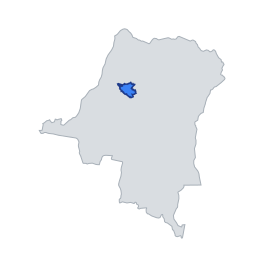 location of Boende, Équateur, Democratic Republic of the Congo, rotated 10°
{"feature_id": "63176286B77918114228452", "entity_name": "Boende", "entity_type": "district", "adm_level": 2, "iso_a3": "COD", "parent_name": "Democratic Republic of the Congo", "parent_adm1": "Équateur", "projection": "natural_earth1", "projection_center": [20.931, -0.493], "detail": "fine", "context": "in_parent", "style": "filled", "palette": "blue", "viewbox_px": 256, "rotation_deg": 10, "n_neighbors": 0, "source": "geoboundaries", "source_scale": "gbopen_adm2", "svg_char_len": 6807}
<svg xmlns="http://www.w3.org/2000/svg" viewBox="0 0 256 256"><g transform="rotate(10 128 128)"><path d="M209.8,171.5L193.0,174.6L193.3,175.7L193.1,176.8L192.7,177.7L191.0,180.1L188.4,182.4L188.4,182.9L189.7,185.4L190.4,188.8L190.2,194.8L190.5,196.4L190.5,197.6L189.6,199.0L187.9,206.2L189.0,209.7L192.3,213.0L194.2,215.4L197.5,216.2L198.0,216.1L198.2,214.1L200.8,213.3L200.7,226.2L200.5,226.9L200.0,227.1L199.4,226.6L199.2,225.4L198.5,224.9L195.3,226.5L194.5,226.4L193.7,226.2L193.0,225.5L192.8,224.5L190.6,220.8L189.5,220.5L188.3,217.2L183.3,214.7L181.3,214.5L180.3,213.8L179.4,211.1L177.7,209.4L177.3,207.5L177.0,207.2L176.0,207.6L175.1,210.6L173.9,211.3L171.9,211.4L166.7,210.5L163.0,209.0L162.0,209.1L160.6,207.7L160.0,205.4L160.3,203.6L160.1,203.4L154.4,204.9L153.1,205.8L151.8,205.5L151.4,205.0L152.0,203.8L151.7,202.5L151.3,201.9L149.6,201.4L149.1,200.0L148.1,199.8L147.7,200.0L147.5,200.9L146.9,201.3L143.5,200.8L140.0,202.0L135.3,201.7L133.1,203.2L132.8,203.2L132.3,202.4L131.8,200.0L132.1,199.3L132.8,198.8L133.0,197.9L132.8,195.3L133.0,194.7L132.7,193.3L132.0,191.0L131.1,189.1L128.9,186.3L128.5,184.9L128.7,181.8L129.4,176.7L129.3,173.0L128.4,170.6L128.3,168.0L128.8,163.3L128.3,162.2L117.6,161.8L117.1,161.4L116.9,160.8L117.4,158.0L110.9,158.7L109.0,159.3L107.8,160.4L107.4,161.8L107.3,163.9L106.4,165.8L106.1,169.1L104.3,169.4L102.5,169.4L99.0,168.8L95.6,169.7L94.0,170.6L93.1,170.1L90.1,170.5L89.7,170.2L86.2,163.7L84.6,161.6L84.3,160.5L84.5,159.5L84.0,158.2L82.4,154.8L82.1,153.3L82.2,150.9L82.0,150.0L80.5,147.9L79.6,147.3L78.5,146.9L61.0,147.2L55.3,146.8L51.1,147.1L48.9,146.9L48.3,146.6L46.4,147.0L45.4,147.9L43.9,148.4L43.0,148.2L41.1,145.8L43.6,145.3L43.8,145.1L43.9,139.3L43.3,138.5L44.6,137.5L46.7,135.0L48.8,134.1L49.1,133.6L49.5,133.6L50.3,134.7L52.1,136.0L54.3,134.8L54.5,134.5L54.8,132.0L55.4,131.8L56.3,132.3L56.8,132.3L57.8,131.6L60.6,130.4L61.5,131.9L60.7,133.4L61.1,134.4L61.1,136.0L61.6,136.3L63.8,136.5L64.5,136.1L68.9,130.4L70.1,129.8L71.9,127.5L74.4,126.5L75.5,124.7L76.9,121.5L77.6,117.0L77.3,109.0L77.5,108.0L80.5,104.4L83.6,97.9L85.7,96.2L87.2,95.5L89.6,93.2L91.5,90.8L91.3,87.9L91.7,85.5L92.8,82.5L93.1,79.3L92.8,76.0L92.9,73.2L94.3,68.8L94.5,63.8L95.7,59.5L98.3,54.1L99.5,50.1L99.3,46.2L99.6,43.3L99.5,41.6L99.0,40.1L99.2,39.1L100.2,38.7L101.4,37.3L103.6,33.4L105.9,31.5L107.5,30.9L109.2,31.0L110.3,31.3L112.1,32.8L114.1,34.0L115.6,35.5L117.1,37.9L120.8,38.4L122.3,39.3L123.3,39.6L123.6,39.4L124.4,39.5L126.1,40.2L127.4,39.8L134.1,41.4L134.9,40.6L136.8,36.5L138.2,35.1L140.4,35.0L142.2,35.8L143.2,35.8L151.4,32.3L152.5,32.1L155.5,33.0L157.4,32.4L158.2,32.6L159.9,32.0L161.2,29.5L162.4,28.9L174.2,31.6L176.0,30.3L176.9,30.1L179.5,31.1L180.3,32.6L181.9,33.9L183.0,36.0L184.8,37.2L185.7,38.3L186.7,39.1L188.9,39.4L191.6,37.5L193.5,37.6L195.4,38.7L196.1,38.6L197.6,37.5L198.3,36.3L199.1,36.1L200.2,36.6L201.2,37.7L202.0,39.3L205.0,43.0L207.8,44.5L208.6,46.8L209.6,46.5L210.1,46.8L210.9,48.2L211.4,48.4L211.5,49.0L210.8,50.4L210.1,52.9L211.0,54.5L210.2,56.7L209.9,59.1L210.8,59.7L212.0,59.6L213.1,60.9L214.0,61.0L214.9,62.3L214.7,63.4L211.8,67.2L207.6,71.9L206.2,72.5L205.4,73.4L204.9,74.7L203.7,75.9L202.7,76.3L202.7,79.7L201.2,83.2L200.7,84.0L199.9,89.7L200.0,90.6L199.3,95.3L199.4,99.6L197.3,101.0L195.9,103.1L195.3,104.6L195.3,108.2L193.0,110.3L192.8,110.8L193.4,113.3L194.2,113.7L194.3,114.5L196.1,117.2L196.0,125.4L196.1,126.3L197.1,128.2L197.7,131.9L197.0,136.7L199.5,145.4L198.4,148.6L198.9,151.6L200.4,154.8L204.0,158.0L205.0,159.3L205.9,161.0L206.7,163.7L209.8,171.5Z" fill="#d9dde1" stroke="#a8b0b8" stroke-width="1"/><path d="M117.3,85.2L117.1,85.7L116.9,85.7L116.2,85.8L116.2,85.7L116.1,85.8L115.9,85.9L115.6,86.1L115.5,86.3L115.2,86.4L115.1,86.7L115.1,87.0L115.2,87.6L114.8,87.7L114.7,87.7L114.4,87.7L114.3,87.8L114.2,87.9L114.1,87.6L114.0,87.4L113.9,87.3L113.8,87.1L113.8,86.9L113.9,86.6L114.0,86.5L113.9,86.4L113.6,86.3L113.3,86.2L113.2,86.3L112.8,86.3L112.7,86.4L112.7,86.5L112.8,86.5L112.9,86.8L112.7,86.8L112.5,86.6L112.4,86.5L112.2,86.6L112.1,86.3L112.0,86.2L111.6,86.1L111.4,86.1L111.0,86.0L110.8,86.0L110.7,86.3L110.4,86.4L110.5,86.5L110.5,86.4L110.4,86.8L110.6,86.9L110.8,86.9L110.8,87.1L111.0,87.0L111.3,87.3L111.3,87.6L111.5,87.8L111.8,88.0L111.8,87.9L111.9,88.1L112.0,88.1L112.1,88.3L112.3,88.2L112.4,88.3L112.5,88.2L112.5,88.4L112.7,88.5L112.7,88.8L113.0,89.1L113.1,89.3L113.0,89.6L112.9,89.7L112.9,89.8L112.9,90.1L113.0,90.1L113.1,90.3L113.4,90.5L113.5,90.6L113.5,90.8L113.6,91.1L113.6,91.3L113.8,91.3L114.0,91.4L114.2,91.5L114.3,91.6L114.4,91.8L114.5,91.9L114.6,92.0L114.8,92.1L114.9,92.4L115.0,92.4L115.0,92.5L115.1,92.4L115.4,92.3L115.4,92.5L115.5,92.6L115.5,92.9L115.6,93.0L115.9,93.1L116.0,93.0L116.3,93.0L116.5,93.2L116.5,93.4L116.8,93.4L117.1,93.4L117.1,93.5L116.9,93.6L117.0,93.6L117.2,93.8L117.3,93.8L117.3,94.0L117.6,94.1L117.8,94.2L117.8,94.3L117.9,94.5L118.0,94.5L118.3,94.6L118.5,94.6L118.6,94.8L118.7,95.0L118.9,95.0L119.0,95.1L119.4,95.1L119.5,95.1L119.8,95.2L120.1,95.0L120.3,95.3L120.5,95.3L120.8,95.4L120.9,95.2L121.0,95.4L121.2,95.5L121.3,95.7L121.4,95.8L121.6,95.9L121.7,96.0L121.9,96.1L122.2,96.1L122.3,96.2L122.4,96.3L122.5,96.4L122.9,96.6L123.1,96.6L123.3,96.8L123.8,96.9L124.0,96.9L124.0,97.1L124.3,97.1L124.4,97.3L124.5,97.2L124.6,97.3L124.8,97.2L124.8,97.3L124.9,97.5L125.0,97.5L125.3,97.6L125.5,97.6L125.8,97.5L126.1,97.3L126.3,97.3L126.5,97.1L127.3,96.5L127.7,96.3L127.7,96.2L127.7,95.8L127.8,95.6L127.7,95.7L127.4,95.6L127.2,95.4L127.1,95.2L126.9,95.1L126.8,94.8L126.7,94.7L126.8,94.6L126.6,94.5L126.6,94.3L126.5,94.2L126.8,94.2L127.1,94.2L127.7,93.9L128.0,93.7L128.3,93.5L128.7,93.5L129.1,92.6L129.6,92.4L129.8,92.3L129.3,91.8L129.3,91.6L129.3,91.0L129.3,90.9L129.2,90.7L129.1,90.4L128.9,90.3L128.8,90.0L128.7,90.2L128.5,90.3L128.4,90.3L128.3,90.1L128.1,90.1L128.1,89.7L127.9,89.7L127.8,90.0L127.7,90.0L127.7,89.9L127.7,89.6L127.2,89.5L127.1,89.4L127.0,89.5L126.8,89.3L126.7,89.3L126.6,89.2L126.6,88.9L126.5,89.1L126.3,89.2L126.2,89.3L126.1,89.1L125.9,89.2L125.9,88.9L125.7,88.8L125.4,88.7L125.1,88.8L125.0,88.7L124.7,88.7L124.4,88.4L124.5,88.2L124.7,87.5L124.8,87.4L125.0,87.3L125.2,87.1L125.4,86.5L125.7,85.9L126.3,85.2L126.7,84.6L126.8,84.5L126.9,84.4L127.1,84.1L127.0,83.9L126.8,84.0L126.7,84.0L126.4,84.1L126.2,84.2L125.9,84.0L125.9,83.9L125.9,84.0L125.7,84.0L125.6,83.9L125.6,84.0L125.4,84.1L125.2,84.1L124.8,84.1L124.7,84.2L124.4,84.1L124.2,84.1L123.9,84.1L123.9,83.9L123.7,83.9L123.6,83.7L123.5,83.4L123.4,83.4L123.2,83.3L123.2,83.2L123.3,83.2L123.2,83.1L122.9,83.1L122.7,82.7L122.6,82.8L122.4,83.0L122.1,83.3L121.3,84.1L121.0,84.0L120.8,84.1L120.7,84.1L120.6,84.4L120.4,84.4L120.1,84.6L119.5,84.9L119.4,85.0L119.5,85.1L119.5,85.3L119.4,85.4L119.4,85.5L119.3,85.3L119.0,85.1L118.7,85.1L118.4,85.1L118.1,85.2L117.7,85.3L117.4,85.3L117.3,85.2Z" fill="#3b82f6" stroke="#1e3a8a" stroke-width="1.5"/></g></svg>